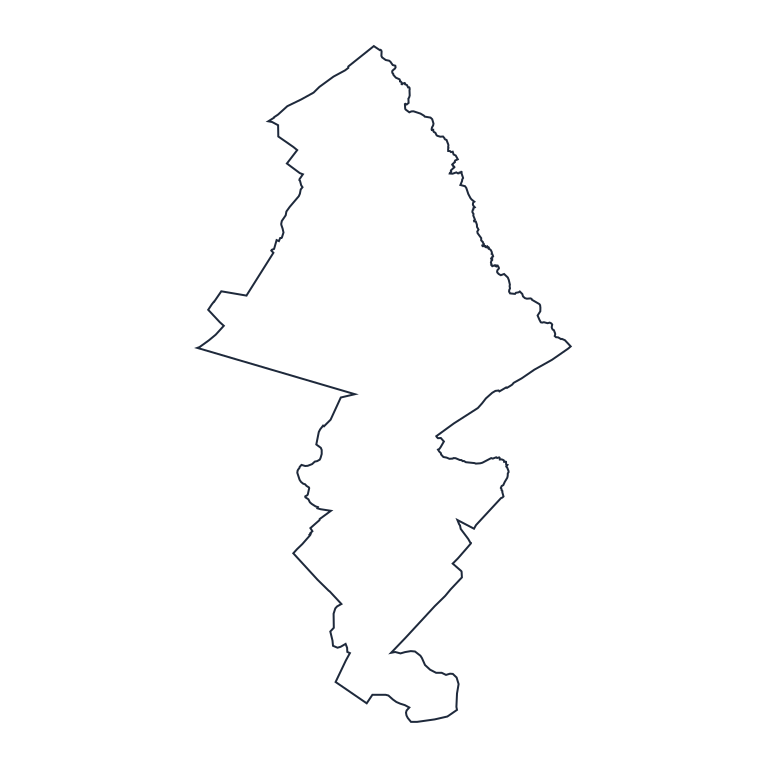 outline of Matasaru, Dâmbovita, Romania
{"feature_id": "2599482B12990773246129", "entity_name": "Matasaru", "entity_type": "district", "adm_level": 2, "iso_a3": "ROU", "parent_name": "Romania", "parent_adm1": "Dâmbovita", "projection": "albers", "projection_center": [25.452, 44.69], "detail": "fine", "context": "isolated", "style": "outline", "palette": "slate", "viewbox_px": 768, "rotation_deg": 0, "n_neighbors": 0, "source": "geoboundaries", "source_scale": "gbopen_adm2", "svg_char_len": 6066}
<svg xmlns="http://www.w3.org/2000/svg" viewBox="0 0 768 768"><path d="M503.5,496.5L502.3,492.1L502.4,491.1L501.6,490.3L501.6,489.2L500.8,488.0L501.7,486.0L503.3,485.1L504.7,482.0L507.3,477.7L507.7,475.9L507.8,473.4L508.6,472.1L508.5,471.0L507.3,467.8L506.3,466.6L507.4,465.0L506.2,464.7L506.0,461.8L505.4,461.6L504.2,461.9L503.8,460.4L503.0,459.9L501.7,459.4L499.8,459.5L499.7,458.0L499.1,457.4L497.1,458.0L496.2,457.3L492.8,458.6L491.2,458.1L482.4,462.7L480.2,463.3L475.8,463.6L474.6,463.1L465.9,462.2L463.9,461.0L462.6,461.1L461.5,460.1L459.8,460.0L455.6,458.2L453.4,458.1L452.7,458.6L449.4,458.8L446.6,457.6L443.4,457.0L441.1,454.5L440.9,453.2L439.2,451.5L438.0,449.6L439.3,449.0L440.6,447.2L443.9,441.5L440.8,438.0L438.0,438.2L436.9,437.2L436.3,436.2L453.9,423.4L477.9,408.0L482.1,403.3L485.9,398.4L492.2,392.8L495.4,390.9L498.6,390.5L499.4,391.4L506.2,387.4L506.9,387.9L510.4,385.8L512.2,384.6L513.7,382.8L521.6,378.4L534.3,369.7L552.0,359.8L568.3,348.5L570.7,346.4L564.9,340.2L561.9,338.9L561.0,339.1L558.2,337.4L556.0,337.2L554.7,336.0L555.2,334.4L555.1,333.4L553.9,330.2L552.7,329.6L552.0,328.3L551.7,327.2L552.2,324.5L551.3,323.4L549.7,322.6L547.6,323.2L543.9,322.2L542.2,322.6L540.8,322.3L539.4,319.7L537.6,315.5L540.3,311.3L540.4,307.7L540.1,305.2L539.4,304.1L532.0,299.8L531.5,298.8L530.4,298.4L526.9,298.7L524.9,298.1L523.0,296.4L522.3,294.0L519.8,291.5L518.7,292.3L515.9,292.8L515.0,293.9L510.1,293.4L509.1,291.7L509.2,290.1L510.0,288.4L509.6,286.1L509.9,284.7L508.8,280.0L507.8,277.5L504.1,274.0L500.8,275.2L498.7,274.0L497.3,272.5L497.1,271.6L497.4,270.2L498.9,268.5L498.8,267.5L497.7,265.7L496.5,266.5L495.7,266.2L496.0,265.4L494.9,265.2L492.3,266.2L491.2,264.9L491.6,264.4L490.9,262.7L491.3,261.0L492.2,260.1L492.2,259.7L491.7,259.9L491.1,258.4L492.4,257.4L492.3,256.8L493.1,256.2L492.3,254.1L491.7,253.9L491.9,252.8L491.7,251.9L490.9,250.2L489.2,248.7L488.8,247.5L488.5,247.3L488.2,248.0L487.2,246.3L486.8,246.5L486.5,247.3L485.5,247.1L485.2,246.0L482.7,246.2L482.4,245.8L482.3,245.4L483.8,244.7L484.0,244.2L482.8,242.5L482.8,241.9L481.2,240.4L481.2,238.1L477.6,233.2L477.3,231.5L478.5,229.6L477.0,226.9L476.9,224.7L475.8,221.5L474.2,221.4L474.0,220.7L474.9,219.5L473.3,215.6L473.5,213.9L472.5,212.4L472.4,211.3L472.8,209.9L473.3,209.6L473.3,208.2L474.8,207.3L473.4,205.8L472.9,204.7L473.0,203.2L473.5,202.2L474.3,201.7L471.5,199.4L470.4,198.0L468.3,194.0L466.3,188.0L465.0,186.2L460.4,185.0L462.1,180.9L462.2,179.5L463.1,178.0L461.6,173.5L461.6,172.0L461.2,171.8L460.4,172.7L459.4,172.5L458.8,173.3L458.0,173.4L456.3,172.4L452.6,173.7L449.7,173.5L449.9,172.9L451.2,171.7L450.9,170.5L451.3,170.0L454.4,167.2L454.2,166.6L453.5,166.4L453.1,166.0L453.0,165.3L452.2,164.7L452.6,164.0L454.9,162.1L454.7,161.5L455.2,160.5L457.8,159.3L455.7,155.5L453.6,154.5L452.7,151.7L451.0,152.1L450.0,151.1L448.2,151.0L448.1,148.9L448.5,147.9L448.1,147.1L448.4,145.7L448.3,144.6L446.5,139.9L445.3,139.5L444.6,138.8L444.4,138.1L443.0,136.5L440.3,136.7L437.3,135.8L436.5,135.1L435.4,132.8L433.8,131.9L433.3,131.0L433.2,129.8L431.8,130.0L431.6,129.3L432.0,127.4L433.1,125.5L433.5,123.6L432.2,119.2L430.5,117.6L424.7,116.6L424.0,115.7L420.5,113.6L413.5,111.3L411.4,111.4L409.3,112.3L405.7,109.6L405.2,108.8L404.9,104.1L405.3,103.8L406.7,104.5L408.6,102.9L408.4,98.6L409.1,97.6L409.7,95.5L409.5,90.2L409.7,89.2L409.5,87.8L409.1,87.3L408.1,87.4L406.9,85.0L405.1,84.3L405.0,83.3L404.6,83.0L403.0,83.5L402.0,84.3L401.6,84.1L401.7,82.6L400.8,81.6L400.0,81.4L400.0,80.4L399.5,79.3L395.9,77.7L394.1,75.7L393.3,74.7L393.2,73.8L392.3,72.8L392.2,71.4L392.5,70.6L395.0,68.5L395.6,67.3L395.3,65.7L392.7,65.0L390.4,61.7L389.1,60.7L385.7,60.0L382.1,57.4L381.4,55.9L381.6,51.5L381.2,50.3L380.3,49.8L379.8,50.1L373.8,46.1L348.4,66.4L348.2,66.8L348.3,67.9L345.0,70.4L333.5,76.6L319.4,86.9L313.6,92.6L301.3,99.4L287.3,106.2L278.0,114.6L274.1,117.2L274.0,117.7L268.3,121.3L272.1,122.0L278.1,125.2L278.3,136.5L293.4,147.0L297.2,150.1L286.9,163.5L299.8,173.1L302.9,174.3L299.5,179.2L299.4,180.2L300.0,180.8L301.2,185.3L302.5,187.2L300.7,189.5L299.9,193.7L298.8,196.2L289.7,206.9L286.4,211.5L285.7,215.3L281.8,221.0L281.2,224.0L281.4,225.1L282.6,228.6L283.5,232.5L281.9,237.5L281.5,238.0L280.2,238.0L278.9,241.1L276.6,240.1L274.1,248.9L271.8,249.8L271.3,250.6L273.4,252.8L246.7,295.2L246.5,295.6L221.3,291.3L214.1,301.8L213.9,301.7L211.8,304.4L208.2,309.8L219.8,322.2L223.8,325.8L215.7,334.7L208.8,340.4L199.5,347.1L197.3,347.9L354.9,394.2L340.8,397.5L330.6,419.7L324.0,426.3L323.1,425.6L320.2,429.3L318.8,432.0L316.3,444.5L320.8,447.8L321.7,450.0L321.7,454.0L320.6,457.8L319.8,459.6L317.2,461.1L314.8,461.6L312.1,464.1L307.7,465.8L305.2,466.0L301.5,464.9L299.7,466.9L299.4,468.0L298.2,469.5L297.6,470.6L297.3,472.8L299.6,479.8L301.0,481.9L303.2,483.7L305.1,484.3L306.5,485.9L308.9,487.4L309.2,488.1L307.8,494.4L307.3,495.2L305.3,496.3L305.2,496.8L305.5,497.4L308.4,499.3L309.9,502.3L311.7,503.9L315.6,506.4L317.9,507.1L317.4,508.3L320.5,509.2L330.9,510.8L319.7,519.0L319.5,520.1L310.4,528.1L312.4,531.2L310.3,533.2L310.8,533.8L309.5,534.8L310.0,535.3L302.4,544.0L296.9,549.3L293.3,553.3L317.6,579.8L328.8,590.8L329.6,591.3L341.4,604.0L337.1,606.4L335.3,608.4L333.6,613.7L333.8,627.8L330.3,631.5L332.5,640.6L333.0,645.8L337.5,647.7L340.6,646.8L345.6,643.9L347.1,647.8L347.3,651.9L349.9,653.1L345.9,660.4L335.6,682.0L366.7,703.3L372.4,694.8L385.6,694.8L388.4,695.5L392.9,699.5L396.4,702.0L400.3,703.7L404.8,705.1L409.3,707.5L406.6,710.5L406.0,712.7L406.5,715.5L407.8,718.0L411.0,721.9L416.9,721.9L434.7,719.4L447.4,716.5L457.0,709.9L456.4,706.9L457.0,693.5L458.6,684.1L456.6,677.5L452.8,673.9L450.0,673.7L446.0,674.9L441.7,672.8L436.1,672.8L430.1,669.7L425.0,665.0L421.9,658.0L420.4,655.7L415.0,651.5L410.8,651.1L405.0,652.1L400.5,653.4L395.2,652.0L391.1,652.8L405.5,637.8L434.7,606.2L445.2,595.9L450.6,589.4L461.9,577.4L461.6,571.8L461.3,571.1L452.7,563.6L457.8,558.5L467.3,547.6L470.9,543.4L470.9,542.9L470.3,542.6L468.2,538.9L460.7,528.9L460.0,525.4L459.2,524.4L457.4,520.0L474.0,528.7L476.0,525.1L501.0,498.1L502.3,497.6L503.5,496.5Z" fill="none" stroke="#1e293b" stroke-width="2"/></svg>